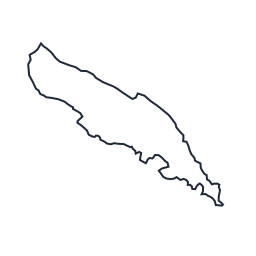 Vieques, Puerto Rico (Natural Earth projection), rotated 45°
{"feature_id": "32010507B52057892334666", "entity_name": "Vieques", "entity_type": "district", "adm_level": 2, "iso_a3": "PRI", "parent_name": "Puerto Rico", "parent_adm1": "", "projection": "natural_earth1", "projection_center": [-65.399, 18.121], "detail": "fine", "context": "isolated", "style": "outline", "palette": "slate", "viewbox_px": 256, "rotation_deg": 45, "n_neighbors": 0, "source": "geoboundaries", "source_scale": "gbopen_adm2", "svg_char_len": 2977}
<svg xmlns="http://www.w3.org/2000/svg" viewBox="0 0 256 256"><g transform="rotate(45 128 128)"><path d="M8.2,140.4L6.7,145.8L9.0,147.3L11.0,148.7L12.3,153.4L13.5,154.5L18.4,158.6L20.6,160.5L21.6,160.8L28.9,163.0L35.1,165.3L38.2,164.7L41.7,165.9L42.0,166.0L45.3,164.6L48.5,164.0L52.6,160.8L58.6,156.8L64.5,154.2L67.6,153.9L70.5,153.3L72.8,152.8L74.5,152.2L75.6,153.4L80.1,152.1L83.8,151.2L87.4,152.2L87.7,152.2L87.5,158.7L88.4,160.0L93.6,159.1L100.8,158.8L104.9,160.5L106.1,160.1L108.5,159.4L110.8,157.9L110.8,155.9L112.7,154.5L113.7,154.5L114.9,154.5L115.8,155.1L116.7,155.8L120.4,154.5L121.1,154.3L124.5,153.7L125.0,153.3L127.5,151.5L128.8,148.7L132.7,145.7L136.3,142.4L139.8,141.2L143.1,139.9L144.0,138.5L145.6,139.1L145.9,139.3L146.6,139.2L149.4,139.1L150.4,139.8L151.2,140.3L151.6,140.6L152.8,137.0L155.1,136.4L157.2,139.7L157.3,139.7L158.9,142.1L159.0,142.1L161.5,141.5L163.8,140.8L165.4,140.4L165.6,140.3L164.3,136.6L164.3,134.2L166.3,132.6L166.9,132.1L166.8,131.5L166.2,128.0L168.7,125.6L171.1,125.2L171.9,125.1L172.3,125.0L177.6,125.1L180.5,124.6L184.0,126.7L180.6,132.7L180.0,136.4L182.9,136.8L186.4,137.4L187.5,137.6L189.8,136.9L190.7,136.7L190.8,136.6L193.1,134.9L194.1,134.2L194.7,133.4L196.4,131.1L196.5,130.6L197.1,128.4L201.7,127.7L202.1,127.1L203.4,124.6L206.4,123.5L208.8,123.9L210.5,126.0L210.6,125.9L212.1,124.3L213.5,124.2L214.2,124.1L216.6,125.6L218.8,123.7L218.1,121.9L218.0,121.6L217.9,121.3L217.5,118.8L218.0,116.5L220.4,116.2L223.0,116.7L225.0,119.0L225.9,120.0L226.6,122.1L226.9,122.8L229.3,120.0L232.4,119.3L234.8,118.5L235.5,118.3L238.0,117.9L238.4,118.0L240.9,118.3L241.0,118.3L244.5,120.4L245.0,120.0L245.1,119.9L248.3,117.3L249.2,116.6L249.3,115.0L249.0,115.0L247.2,114.9L246.8,114.9L243.5,115.3L240.9,112.6L240.5,112.1L240.4,111.9L238.3,108.8L237.0,106.9L236.1,106.5L233.9,105.5L232.7,103.5L231.7,103.8L230.7,104.0L228.8,105.9L228.3,106.4L227.2,108.5L222.9,107.8L220.2,108.5L219.8,108.1L217.6,106.3L217.1,105.9L216.9,105.7L214.7,106.4L214.0,106.3L210.6,105.7L208.1,104.9L207.6,104.7L204.3,101.8L203.7,102.0L200.7,103.1L200.3,103.2L198.6,103.6L198.3,103.6L198.1,103.4L196.2,102.2L191.0,101.7L190.9,101.6L187.4,100.2L183.3,97.9L182.6,97.6L179.7,96.6L179.1,96.4L176.3,98.4L174.4,96.0L173.2,94.9L172.6,94.3L172.3,93.9L167.3,93.9L162.1,93.4L161.8,93.4L160.4,92.5L160.1,92.4L158.6,91.4L156.2,91.1L152.9,90.6L152.3,90.5L147.4,90.0L146.8,90.1L146.5,90.1L133.6,91.4L128.1,92.4L124.4,93.0L116.8,93.5L116.4,93.7L113.4,95.2L110.5,96.7L111.7,100.2L111.8,100.5L112.0,101.1L110.5,104.4L108.7,104.8L108.0,104.9L104.9,105.6L104.0,105.7L98.9,106.8L93.1,107.7L92.9,107.7L87.8,109.1L78.1,113.2L76.4,113.6L70.0,115.2L69.3,115.1L65.5,114.8L64.9,114.9L63.7,115.3L59.0,116.8L58.4,117.0L54.5,120.8L48.0,122.0L42.0,125.2L34.4,128.6L33.9,128.9L32.9,129.3L32.5,129.3L27.5,129.7L20.6,128.8L15.7,129.1L15.2,129.1L14.4,129.2L10.0,130.0L9.8,129.9L7.0,129.7L6.7,129.7L7.9,134.3L8.5,136.5L8.2,140.0L8.2,140.3L8.2,140.4Z" fill="none" stroke="#1e293b" stroke-width="2"/></g></svg>